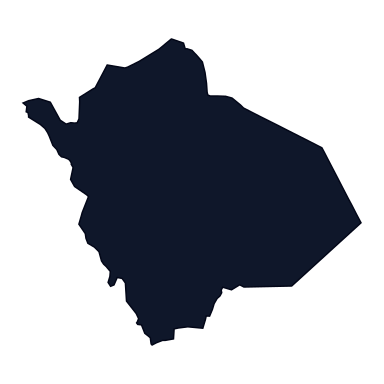 Sharg Al Jazirah, Gezira, Sudan
{"feature_id": "16777658B60089924012173", "entity_name": "Sharg Al Jazirah", "entity_type": "district", "adm_level": 2, "iso_a3": "SDN", "parent_name": "Sudan", "parent_adm1": "Gezira", "projection": "robinson", "projection_center": [33.472, 15.011], "detail": "fine", "context": "isolated", "style": "filled", "palette": "ink", "viewbox_px": 384, "rotation_deg": 0, "n_neighbors": 0, "source": "geoboundaries", "source_scale": "gbopen_adm2", "svg_char_len": 1820}
<svg xmlns="http://www.w3.org/2000/svg" viewBox="0 0 384 384"><path d="M183.5,43.1L172.5,39.3L171.3,39.0L159.0,49.2L139.3,61.3L127.7,67.1L124.9,68.0L107.2,65.0L95.2,87.8L93.0,88.9L79.5,97.4L79.7,101.8L79.0,118.8L77.2,122.8L74.6,123.1L70.8,122.7L66.1,124.1L60.2,120.2L50.3,102.2L38.6,98.5L34.0,99.5L28.6,100.7L23.1,103.0L26.9,106.2L26.2,111.8L28.0,112.6L28.6,115.6L28.6,117.1L37.7,122.8L40.3,124.4L44.9,128.4L47.6,132.6L49.2,136.0L52.9,145.4L56.8,149.5L59.0,154.4L61.5,156.8L64.3,157.4L68.5,159.2L69.7,160.3L71.4,163.0L71.2,164.2L73.1,167.5L70.6,179.4L74.6,186.5L86.7,194.8L88.5,196.6L82.2,212.6L81.4,215.6L78.9,224.2L85.3,233.6L86.0,238.4L87.9,243.3L94.4,247.1L99.0,251.7L101.5,260.9L103.6,264.1L106.4,266.7L107.1,267.6L110.3,271.4L109.9,276.5L108.1,282.4L110.6,286.3L114.0,284.9L117.2,277.5L122.1,278.4L125.4,283.0L126.5,301.1L136.2,313.5L138.6,318.6L137.4,321.7L136.6,322.9L137.7,324.4L141.5,324.9L144.8,333.3L147.1,335.1L150.3,337.7L151.1,343.9L152.1,345.0L156.5,342.7L162.5,340.4L165.1,340.4L173.5,338.9L174.1,328.9L178.3,328.0L187.8,326.8L202.8,328.2L205.4,319.6L206.2,316.0L209.6,316.1L212.4,309.4L214.1,303.7L217.1,298.5L220.0,295.9L221.7,292.7L221.2,290.0L222.7,287.2L231.5,289.8L239.7,284.8L243.9,287.0L291.7,286.0L313.3,266.3L333.8,247.6L360.8,223.0L361.0,222.8L356.4,214.1L351.9,205.3L348.4,198.8L341.6,185.7L337.8,178.3L327.9,159.3L324.3,152.3L321.9,147.8L308.2,140.8L286.5,129.8L278.5,125.7L260.7,116.8L250.7,111.7L243.5,108.0L240.5,105.0L232.1,98.1L230.4,97.6L225.6,96.3L217.2,96.0L210.2,96.0L207.8,95.0L207.1,92.1L206.5,83.2L205.0,72.4L202.4,62.0L199.8,58.9L198.5,57.4L197.8,56.6L197.5,56.3L197.3,56.1L197.2,55.9L197.0,55.7L196.8,55.5L196.4,55.0L196.0,54.6L195.8,54.4L195.6,54.2L195.2,53.8L194.7,53.3L191.9,50.3L187.1,48.8L185.2,48.8L183.5,43.1Z" fill="#0f172a" stroke="#020617" stroke-width="1.5"/></svg>